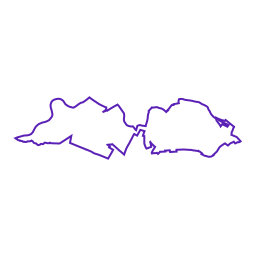 outline of Cristesti, Mures, Romania
{"feature_id": "2599482B35540168956421", "entity_name": "Cristesti", "entity_type": "district", "adm_level": 2, "iso_a3": "ROU", "parent_name": "Romania", "parent_adm1": "Mures", "projection": "equal_earth", "projection_center": [24.516, 46.501], "detail": "fine", "context": "isolated", "style": "outline", "palette": "violet", "viewbox_px": 256, "rotation_deg": 0, "n_neighbors": 0, "source": "geoboundaries", "source_scale": "gbopen_adm2", "svg_char_len": 5858}
<svg xmlns="http://www.w3.org/2000/svg" viewBox="0 0 256 256"><path d="M108.1,158.6L111.9,152.1L113.1,149.8L109.1,147.4L109.8,146.4L107.6,144.8L107.8,144.7L108.1,144.6L108.9,144.8L109.2,144.8L110.2,144.4L110.6,144.5L111.1,144.5L112.0,144.3L112.3,144.2L113.2,145.0L116.5,147.9L118.9,150.1L119.8,150.9L120.8,151.6L121.6,152.4L122.5,153.1L123.3,153.8L124.1,154.6L125.0,152.1L126.1,149.1L126.8,147.6L128.4,144.7L129.4,143.1L130.0,141.7L130.8,140.4L131.5,139.0L132.2,137.7L133.0,136.0L134.2,134.0L137.1,135.6L140.3,129.9L144.5,131.1L143.5,134.0L142.9,135.8L144.3,136.1L144.3,142.7L144.4,143.9L144.7,144.7L145.3,146.3L145.9,147.7L146.4,148.4L146.6,148.6L149.4,147.5L150.8,147.1L151.2,146.9L151.2,146.6L151.1,145.8L151.0,145.0L150.8,144.3L150.2,142.0L150.3,141.9L150.6,142.4L151.0,143.0L152.1,144.2L155.1,146.9L152.6,150.8L151.7,152.9L152.0,153.5L153.2,153.2L155.9,153.1L157.1,152.8L158.0,153.9L159.1,152.9L159.5,152.5L160.0,151.7L161.2,151.8L165.4,151.5L165.2,150.6L169.8,150.3L170.1,152.0L176.6,151.6L176.5,149.8L181.2,149.6L183.7,149.5L188.5,149.8L190.1,149.9L191.2,149.9L192.2,150.2L194.4,150.5L196.6,150.8L198.3,151.2L198.5,150.9L199.9,151.7L202.1,153.4L201.5,154.1L204.3,155.6L204.9,155.8L205.5,155.9L206.1,156.0L206.9,156.3L208.0,156.6L208.5,156.7L209.2,156.8L210.1,156.7L210.8,156.6L211.5,156.4L212.5,155.9L213.3,155.4L213.7,155.0L213.4,154.8L215.0,153.3L216.9,151.5L219.5,147.3L219.9,146.9L221.8,145.4L223.6,144.2L225.0,143.4L227.9,145.5L230.3,143.4L231.1,143.0L233.1,142.2L233.8,141.7L235.2,143.4L236.1,143.0L236.8,142.7L237.2,142.3L237.5,142.2L238.0,142.1L238.5,142.3L239.0,142.2L239.6,142.0L240.6,141.3L236.9,137.2L236.6,137.0L236.2,136.8L234.4,136.1L231.4,134.8L231.6,134.3L231.6,133.8L231.6,132.8L231.6,132.4L231.8,132.0L232.1,131.5L232.9,129.6L233.2,128.3L233.3,128.1L233.9,127.4L234.1,127.0L234.0,126.7L233.4,126.2L232.6,125.7L231.8,125.0L229.9,123.5L226.2,120.4L225.6,120.0L224.9,120.9L224.2,120.6L222.6,120.3L221.8,120.1L221.1,119.9L219.8,119.3L218.4,118.9L218.1,118.7L217.3,118.3L217.1,118.2L217.2,118.4L217.4,118.6L217.7,118.8L218.6,119.3L219.0,119.6L219.3,119.7L219.5,119.9L219.7,120.0L219.3,120.4L220.7,121.2L223.3,122.6L224.5,123.1L227.1,124.3L228.5,125.1L228.0,125.8L227.4,126.7L225.6,125.8L223.3,124.7L222.3,124.0L222.0,124.4L221.4,125.4L220.9,126.0L220.6,126.4L220.4,126.0L219.7,124.7L219.1,123.9L218.2,122.8L217.5,121.8L216.7,120.8L216.4,120.1L216.0,118.9L215.8,118.6L214.9,117.8L214.4,117.5L213.8,117.1L213.5,116.9L213.2,116.5L212.4,115.7L211.7,114.9L211.1,114.1L210.7,113.4L210.3,112.6L210.0,111.9L209.7,111.1L209.4,110.8L208.9,110.2L208.5,109.4L208.3,109.1L208.0,107.9L207.7,107.4L207.3,106.8L206.9,106.5L206.0,106.0L205.0,105.4L204.0,104.9L202.2,104.2L201.6,103.9L200.8,103.3L199.5,102.5L198.9,102.2L198.4,102.1L197.4,101.9L196.3,101.8L194.6,101.5L192.5,100.9L191.4,100.7L190.5,100.6L189.7,100.4L189.3,100.4L185.3,99.9L182.5,99.0L181.9,98.9L181.7,98.9L180.4,99.0L179.1,99.1L178.9,99.4L178.6,100.8L178.5,101.5L178.5,101.9L178.7,102.8L178.8,103.2L173.6,104.2L173.7,104.6L173.7,104.9L173.4,105.0L171.7,105.1L168.5,109.3L168.0,109.7L167.5,110.2L167.9,110.5L166.2,112.0L165.3,111.2L165.1,111.0L163.6,109.7L162.6,109.1L161.7,108.6L160.2,108.2L158.4,107.8L158.2,107.7L157.8,107.4L157.0,107.1L156.9,107.1L156.6,107.1L156.2,107.2L155.6,107.3L155.0,107.3L154.2,107.4L152.8,107.7L152.6,107.7L152.0,107.4L150.7,108.8L148.6,111.0L148.7,111.4L148.9,112.0L148.8,112.3L148.2,114.0L148.1,114.6L148.0,115.1L147.8,116.6L147.6,118.7L147.1,121.1L146.6,122.8L146.1,124.4L145.7,126.1L143.5,125.8L141.9,125.6L140.9,125.3L140.0,125.1L139.4,125.1L138.2,125.5L137.3,126.0L136.4,129.4L136.1,130.2L135.6,129.8L134.6,128.5L133.8,127.4L132.9,126.4L131.5,126.5L130.5,126.4L129.0,126.1L128.4,125.9L127.9,125.7L127.4,125.4L126.9,125.2L126.7,125.0L126.4,124.7L125.7,123.7L125.6,123.4L124.9,122.5L124.5,121.9L124.3,121.6L124.2,121.1L124.0,120.5L123.9,119.2L124.2,116.7L124.2,115.3L124.0,113.4L123.7,113.1L123.1,112.1L118.9,106.1L117.5,104.6L113.9,106.6L110.5,108.6L107.2,110.7L106.9,110.3L105.1,111.1L102.6,112.2L103.1,111.8L104.3,111.1L104.8,110.8L105.2,110.4L105.5,110.1L105.9,109.5L106.2,108.9L106.2,108.7L106.3,108.2L106.3,107.8L106.2,107.6L106.2,107.4L105.7,107.3L104.8,106.9L101.0,105.1L98.9,104.0L97.3,102.9L92.2,99.5L89.4,97.4L87.9,98.7L85.3,100.7L82.9,102.3L80.9,102.8L79.3,103.7L75.4,106.6L73.6,107.6L72.7,107.6L71.3,107.2L69.5,106.7L67.8,105.9L66.3,104.8L65.4,104.2L64.4,102.6L63.0,100.6L60.8,99.2L59.3,98.8L57.9,98.8L56.0,99.1L53.9,99.8L52.4,100.8L51.3,102.3L50.6,104.6L50.6,106.3L50.9,108.1L51.6,110.3L52.2,113.0L52.4,114.2L52.3,115.5L51.7,116.9L50.4,118.6L49.1,120.1L47.1,121.2L44.9,122.0L42.2,122.6L39.9,123.6L38.5,124.2L35.8,126.7L34.6,128.7L33.6,130.6L32.7,132.4L31.0,134.1L29.3,134.9L27.7,135.3L23.7,135.6L21.0,136.4L17.5,137.3L15.4,138.2L15.8,138.5L16.5,138.0L16.8,138.2L17.1,138.4L17.0,139.3L17.5,139.7L17.9,140.0L18.4,140.2L19.2,140.3L19.4,140.4L20.1,140.9L20.3,140.8L20.5,140.8L20.6,140.7L20.8,140.8L21.5,141.0L21.8,141.0L22.2,141.2L22.5,141.3L22.9,141.5L23.2,141.8L23.6,141.8L23.6,141.7L23.8,141.7L24.1,141.7L24.4,141.9L24.5,141.9L26.3,142.0L27.8,141.3L28.2,141.3L29.5,141.3L30.2,141.2L30.5,141.1L31.0,140.8L31.4,140.7L31.6,140.6L31.9,141.0L32.1,141.0L32.3,141.1L32.6,141.3L32.8,141.5L33.4,142.3L34.0,142.9L34.3,143.1L35.0,143.3L35.7,143.4L36.2,143.5L36.4,143.7L36.8,144.1L37.3,144.6L37.7,144.9L38.2,145.1L38.6,145.1L39.6,144.7L40.0,144.6L40.4,144.3L40.8,143.9L41.0,143.8L41.4,143.9L42.5,144.1L43.1,144.1L43.5,143.7L44.0,143.4L44.4,142.8L44.7,142.7L45.4,142.7L47.3,143.2L48.9,143.2L49.8,142.7L50.1,143.1L50.5,143.1L52.8,143.3L59.5,143.5L60.2,143.1L64.3,140.5L69.9,136.8L71.3,135.9L70.0,142.9L72.4,143.9L75.3,145.1L82.4,148.0L83.3,148.3L84.2,148.7L84.9,149.0L85.4,149.2L85.7,149.4L85.8,149.5L86.1,149.4L87.7,150.1L91.1,151.5L93.8,153.1L94.6,153.5L98.9,154.8L99.2,155.0L100.9,155.6L108.1,158.6Z" fill="none" stroke="#5b21b6" stroke-width="2"/></svg>